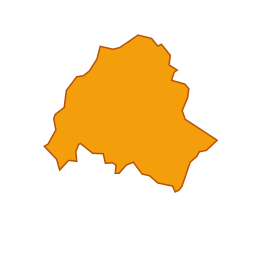 an SVG outline of Ballymoney, rotated 50°
{"feature_id": "GBR-2101", "entity_name": "Ballymoney", "entity_type": "District", "adm_level": 1, "iso_a3": "GBR", "parent_name": "United Kingdom", "parent_adm1": "", "projection": "orthographic", "projection_center": [-6.415, 55.03], "detail": "fine", "context": "isolated", "style": "filled", "palette": "amber", "viewbox_px": 256, "rotation_deg": 50, "n_neighbors": 0, "source": "natural_earth", "source_scale": "10m", "svg_char_len": 813}
<svg xmlns="http://www.w3.org/2000/svg" viewBox="0 0 256 256"><g transform="rotate(50 128 128)"><path d="M88.2,203.9L88.9,199.4L83.1,184.5L73.1,178.9L70.8,175.0L71.3,163.7L59.6,151.1L55.8,134.4L59.3,128.5L59.5,120.9L55.2,107.4L47.6,96.8L58.0,88.9L61.1,82.6L63.3,60.6L74.5,52.4L84.4,52.5L85.3,48.6L99.5,48.9L106.1,56.0L115.3,53.1L115.0,56.9L119.5,64.0L130.9,56.2L137.0,56.2L142.9,62.5L149.6,75.4L158.1,78.6L194.7,67.6L195.5,82.4L192.0,88.7L194.0,93.5L194.1,102.2L207.4,124.2L208.4,129.0L207.3,133.0L201.1,131.2L189.4,140.5L178.4,142.2L172.3,146.8L157.6,145.9L155.3,153.1L156.9,163.9L154.5,166.9L148.8,161.1L144.7,162.2L140.5,168.0L131.8,163.5L124.7,171.3L109.5,174.3L108.8,176.3L112.6,183.2L120.6,188.7L114.6,194.3L116.3,207.4L106.2,202.8L88.2,203.9Z" fill="#f59e0b" stroke="#b45309" stroke-width="1.5"/></g></svg>